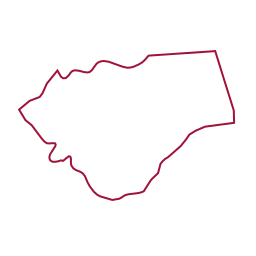 the District of Zomba, rotated 355°
{"feature_id": "MWI-1920", "entity_name": "Zomba", "entity_type": "District", "adm_level": 1, "iso_a3": "MWI", "parent_name": "Malawi", "parent_adm1": "", "projection": "robinson", "projection_center": [35.338, -15.445], "detail": "fine", "context": "isolated", "style": "outline", "palette": "rose", "viewbox_px": 256, "rotation_deg": 355, "n_neighbors": 0, "source": "natural_earth", "source_scale": "10m", "svg_char_len": 1260}
<svg xmlns="http://www.w3.org/2000/svg" viewBox="0 0 256 256"><g transform="rotate(355 128 128)"><path d="M221.6,59.0L227.6,86.6L234.9,119.7L234.2,131.8L234.1,132.1L204.7,133.4L194.9,136.7L188.6,139.9L184.9,144.4L178.9,150.6L165.3,160.6L162.2,162.1L159.4,164.3L157.3,166.5L154.0,175.6L147.7,180.6L145.8,182.5L138.2,192.4L136.2,193.1L132.9,193.7L122.1,194.1L118.9,194.8L115.4,196.7L113.2,197.7L106.1,198.3L94.4,193.7L91.5,191.8L88.5,188.6L84.8,182.7L83.0,178.7L80.9,172.2L79.2,169.5L76.8,167.5L72.7,165.5L70.1,163.5L68.3,160.4L68.1,157.5L68.5,153.4L68.0,151.5L66.6,151.0L63.7,152.8L62.0,154.1L60.3,155.1L58.5,154.4L54.9,155.2L51.6,155.3L50.2,155.1L48.6,154.3L47.4,152.8L47.1,150.5L47.6,148.7L48.5,146.9L53.9,139.9L54.5,138.2L54.1,137.0L52.5,136.6L48.0,136.5L45.8,136.1L43.3,134.0L41.0,130.8L32.3,116.8L26.5,111.2L21.1,100.2L32.3,92.4L42.7,89.4L45.9,85.9L51.0,76.7L62.7,64.6L64.9,69.4L65.9,71.4L67.8,72.8L70.4,72.9L73.5,70.4L75.6,67.9L77.7,66.3L80.3,65.9L84.6,66.8L88.8,68.4L92.1,69.1L94.4,69.0L97.0,67.3L101.9,61.6L103.6,60.3L106.5,59.3L109.5,59.1L114.6,60.3L127.8,66.4L132.5,67.9L135.4,68.0L138.8,67.5L144.3,65.6L147.6,64.0L150.2,62.1L152.8,59.7L153.3,59.1L154.3,58.2L155.0,57.7L221.5,59.0L221.6,59.0Z" fill="none" stroke="#9f1239" stroke-width="2"/></g></svg>